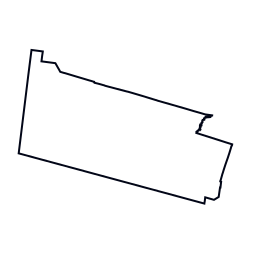 the district of 9 de Julio, Santa Fe, Argentina, rotated 277°
{"feature_id": "61730980B95993881972660", "entity_name": "9 de Julio", "entity_type": "district", "adm_level": 2, "iso_a3": "ARG", "parent_name": "Argentina", "parent_adm1": "Santa Fe", "projection": "robinson", "projection_center": [-61.267, -28.92], "detail": "fine", "context": "isolated", "style": "outline", "palette": "ink", "viewbox_px": 256, "rotation_deg": 277, "n_neighbors": 0, "source": "geoboundaries", "source_scale": "gbopen_adm2", "svg_char_len": 3482}
<svg xmlns="http://www.w3.org/2000/svg" viewBox="0 0 256 256"><g transform="rotate(277 128 128)"><path d="M89.5,22.6L62.3,213.0L62.8,213.0L64.9,213.1L68.6,213.1L67.2,222.1L70.6,226.4L80.2,226.6L80.2,227.0L80.8,227.0L86.0,227.0L86.2,226.1L86.8,226.1L87.4,226.3L89.9,226.7L91.2,226.9L93.9,227.3L95.2,227.6L97.6,228.0L103.3,229.1L107.0,229.9L110.6,230.7L115.7,231.7L120.8,232.6L122.2,232.8L122.5,233.0L123.0,233.0L123.4,233.3L123.7,233.3L123.9,233.4L124.0,233.4L124.4,233.4L124.5,233.4L125.7,226.7L126.1,224.7L131.4,196.4L131.5,196.4L131.7,196.5L131.8,196.5L132.2,196.5L132.2,196.9L132.4,197.0L132.5,197.1L132.7,196.9L132.8,196.8L132.9,197.0L133.0,197.1L133.0,197.3L133.0,197.5L133.3,197.6L133.4,197.4L133.5,197.4L133.6,197.5L133.8,197.4L133.9,197.5L134.0,197.7L133.9,197.8L133.9,198.0L134.0,198.1L134.3,198.3L134.3,198.6L134.5,198.7L134.8,198.4L135.0,198.5L135.2,198.8L135.3,198.8L135.5,198.8L135.8,198.9L135.9,199.0L135.8,199.6L135.7,199.7L135.8,199.7L135.8,199.8L136.0,199.7L136.4,199.7L136.5,199.6L136.7,199.4L136.8,199.2L137.1,199.2L137.2,199.3L137.3,199.4L137.4,199.5L137.4,199.8L137.5,199.9L137.8,199.8L137.9,199.7L138.0,199.4L138.3,199.3L138.5,199.3L138.5,199.2L138.8,199.2L139.0,199.1L139.4,199.1L139.6,199.2L139.6,199.3L139.6,199.6L139.8,199.6L140.0,199.5L140.0,199.8L139.9,199.8L139.7,199.9L139.4,199.8L139.2,199.9L138.9,199.8L138.9,200.0L139.0,200.1L139.0,200.3L139.2,200.5L139.3,200.4L139.4,200.1L139.5,200.1L139.8,200.4L139.9,200.5L140.1,200.5L140.1,200.4L140.2,200.2L140.3,200.1L140.5,200.0L140.7,200.3L140.8,200.4L140.8,200.5L141.0,200.5L141.0,200.3L141.1,200.1L141.3,200.1L141.4,200.4L141.5,200.5L141.9,200.6L142.1,200.5L142.2,200.4L142.3,200.4L142.4,200.5L142.3,200.9L142.3,201.0L142.6,201.1L142.8,201.1L143.0,200.9L143.2,201.0L143.3,201.2L143.5,201.1L143.5,200.9L143.9,200.9L144.0,200.9L144.3,200.8L144.5,200.9L144.5,201.0L144.9,201.2L145.0,201.2L145.0,201.3L145.1,201.5L145.3,201.8L145.3,202.0L145.3,202.4L145.4,202.5L145.5,202.6L145.6,202.8L145.8,202.8L145.9,202.7L145.9,202.4L146.0,202.3L146.3,202.4L146.5,202.4L146.7,202.2L146.8,202.2L146.9,202.3L146.9,202.5L146.9,202.8L147.0,202.8L147.3,202.9L147.4,203.0L147.5,203.3L147.6,203.5L147.8,203.5L148.0,203.5L148.1,203.8L148.3,203.6L148.5,203.6L148.7,203.9L148.6,204.0L148.4,204.2L148.4,204.3L148.6,204.4L148.6,204.5L148.5,204.8L148.4,204.9L148.2,205.1L148.3,205.2L148.5,205.3L148.8,205.4L148.8,205.5L148.7,205.5L148.6,205.8L148.9,206.0L149.0,206.0L149.4,206.4L149.4,206.5L149.2,206.7L148.8,206.6L148.7,206.6L148.6,206.8L149.3,207.2L149.4,207.3L149.5,207.3L149.5,207.5L149.8,207.6L149.8,207.8L149.6,207.9L149.5,208.0L149.4,208.0L149.0,207.9L148.9,207.9L148.8,208.0L148.9,208.4L149.0,208.4L149.2,208.5L149.3,208.5L149.3,208.4L149.6,208.3L149.8,208.3L149.9,208.5L150.1,208.7L150.1,208.8L150.2,209.1L150.3,209.1L150.5,209.4L150.6,209.5L150.7,209.8L150.7,210.0L150.8,210.0L150.9,203.0L151.7,198.2L152.8,191.1L154.1,183.5L154.5,181.0L156.7,167.2L158.7,154.3L159.0,153.0L159.1,152.7L159.1,152.3L159.7,148.9L161.6,138.2L163.3,128.0L164.0,123.6L164.1,122.4L166.7,103.2L167.1,100.4L167.2,99.9L167.5,98.9L167.5,98.6L168.0,95.5L168.4,92.7L168.5,91.8L168.8,89.3L168.8,89.2L169.1,88.9L169.3,88.9L169.7,88.8L169.7,88.5L170.2,85.9L170.5,83.8L172.2,73.8L172.6,71.4L174.3,61.5L174.8,58.5L174.8,58.1L175.3,55.1L175.5,54.0L175.6,53.8L175.8,53.7L177.9,52.2L179.2,51.2L183.4,48.1L183.5,48.0L183.6,34.0L188.5,34.0L189.4,34.0L192.3,34.1L193.6,34.1L193.7,22.7L167.7,22.6L89.5,22.6Z" fill="none" stroke="#020617" stroke-width="2"/></g></svg>